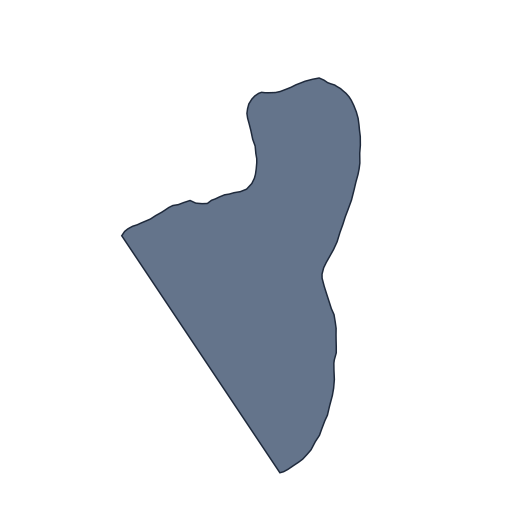 outline of North Huvadhoo, Maldives, rotated 24°
{"feature_id": "70690204B59345201549971", "entity_name": "North Huvadhoo", "entity_type": "district", "adm_level": 2, "iso_a3": "MDV", "parent_name": "Maldives", "parent_adm1": "", "projection": "equal_earth", "projection_center": [73.335, 0.637], "detail": "fine", "context": "isolated", "style": "filled", "palette": "slate", "viewbox_px": 512, "rotation_deg": 24, "n_neighbors": 0, "source": "geoboundaries", "source_scale": "gbopen_adm2", "svg_char_len": 1646}
<svg xmlns="http://www.w3.org/2000/svg" viewBox="0 0 512 512"><g transform="rotate(24 256 256)"><path d="M366.0,444.3L369.0,441.8L372.1,437.7L375.5,432.2L379.1,426.5L381.3,422.5L383.5,416.0L385.1,410.7L385.7,401.4L386.9,394.0L386.4,387.4L385.9,378.5L386.0,372.4L384.2,363.0L382.5,352.4L380.7,345.2L377.8,336.9L373.6,328.5L370.7,322.2L369.8,319.1L368.7,311.8L366.3,306.4L363.4,300.3L361.1,295.3L358.6,289.5L355.5,284.5L351.1,277.8L346.3,273.5L341.3,267.9L336.1,262.1L330.6,255.9L325.4,249.4L323.7,245.7L322.6,239.2L322.8,233.4L323.5,226.1L324.2,218.6L324.3,210.0L323.1,200.3L322.5,191.9L321.6,183.9L321.2,176.5L320.5,166.2L318.6,155.2L317.2,147.9L316.0,139.9L314.8,134.6L313.1,128.9L308.9,119.8L306.3,112.4L302.7,104.5L299.2,98.7L296.8,94.4L293.3,88.7L289.0,83.5L284.0,78.6L279.7,75.0L276.2,72.7L272.1,70.8L268.3,69.7L265.2,68.7L260.7,68.2L258.4,67.8L254.0,68.3L250.8,68.5L246.6,67.7L241.3,67.7L235.7,71.6L229.7,76.4L226.5,79.7L222.8,83.4L219.4,87.6L215.6,91.5L211.3,95.8L207.4,98.7L201.0,101.8L197.8,103.2L194.5,104.2L192.2,106.4L189.8,110.3L188.4,114.3L187.6,120.0L188.4,124.9L189.7,129.4L192.2,133.4L195.8,137.8L200.0,143.1L205.5,150.7L210.5,155.9L214.2,162.5L217.1,166.8L218.8,170.6L220.8,176.4L222.3,181.7L222.9,185.7L222.7,191.5L220.2,198.8L215.5,203.6L210.2,207.1L206.4,210.3L202.4,212.9L198.4,217.1L195.6,220.4L192.7,223.2L190.2,227.8L185.5,230.1L179.5,232.2L173.2,232.1L168.1,236.7L164.1,240.7L159.5,243.7L156.6,247.2L154.0,251.4L151.9,254.6L147.9,259.9L144.5,265.2L140.4,269.6L137.6,272.6L134.8,275.8L131.3,278.9L129.1,281.7L127.8,283.5L126.0,287.0L125.1,292.1L366.0,444.3Z" fill="#64748b" stroke="#1e293b" stroke-width="1.5"/></g></svg>